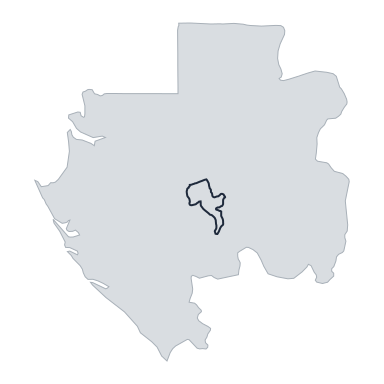 location of Offouè-Onoyè, Ogooué-Lolo, Gabon
{"feature_id": "22940354B26580795617541", "entity_name": "Offouè-Onoyè", "entity_type": "district", "adm_level": 2, "iso_a3": "GAB", "parent_name": "Gabon", "parent_adm1": "Ogooué-Lolo", "projection": "albers", "projection_center": [11.91, -1.081], "detail": "fine", "context": "in_parent", "style": "outline", "palette": "slate", "viewbox_px": 384, "rotation_deg": 0, "n_neighbors": 0, "source": "geoboundaries", "source_scale": "gbopen_adm2", "svg_char_len": 5870}
<svg xmlns="http://www.w3.org/2000/svg" viewBox="0 0 384 384"><path d="M284.8,30.7L284.5,34.5L280.2,43.8L278.1,50.9L277.6,58.5L278.8,64.7L280.9,69.0L282.2,73.8L281.2,77.1L279.1,78.5L280.5,80.2L283.6,80.6L289.0,79.2L297.2,76.6L308.0,73.0L315.1,71.0L326.8,72.3L333.1,73.7L336.3,76.3L339.7,87.2L341.4,88.9L344.2,93.6L346.6,99.2L347.1,102.0L346.8,104.0L344.4,107.1L341.7,111.5L340.8,114.2L338.6,116.2L335.7,118.2L327.9,118.9L326.7,120.1L324.5,124.8L320.4,128.8L318.5,132.6L316.8,137.7L317.1,144.0L316.3,153.0L315.4,159.1L317.5,161.2L326.8,162.8L328.6,164.0L331.1,167.7L334.3,171.3L342.8,173.6L346.1,176.3L348.8,179.3L349.2,181.7L347.2,191.5L345.3,200.9L346.0,208.1L346.7,215.0L347.7,224.9L347.2,231.0L344.8,234.7L344.8,237.6L345.9,241.2L343.8,250.9L342.4,252.5L338.6,254.3L336.5,256.9L335.9,261.0L333.8,266.6L331.7,268.7L331.7,271.3L333.7,273.2L333.7,276.1L329.9,279.6L327.6,282.2L322.5,283.5L316.7,282.1L315.3,280.2L316.7,277.2L316.2,274.8L314.2,272.2L311.1,265.7L308.4,264.3L306.9,267.0L302.1,271.9L293.8,278.3L287.9,278.8L277.1,276.8L268.1,273.8L263.8,266.3L261.2,260.2L257.3,253.0L253.0,249.6L248.4,247.4L246.3,247.3L239.7,251.3L237.7,252.8L237.7,256.2L238.3,259.3L239.3,260.8L240.2,262.8L240.0,265.9L238.9,270.1L238.4,274.7L217.7,279.1L214.1,277.5L211.5,275.5L208.4,275.8L199.4,278.2L196.1,276.5L192.8,275.3L191.3,276.3L191.1,278.3L192.7,289.1L192.2,293.2L190.1,298.6L189.1,302.2L194.6,303.2L196.6,304.9L198.5,307.6L201.2,310.2L201.4,311.7L198.3,314.5L197.3,318.0L198.7,320.7L202.5,323.6L208.0,326.5L210.6,328.4L210.4,330.2L207.8,334.0L206.9,337.1L205.1,340.0L205.5,342.7L207.9,345.1L207.7,347.3L206.0,349.0L202.6,348.6L199.7,348.9L197.1,348.2L189.1,339.7L187.3,339.4L175.6,346.0L172.7,348.7L170.2,352.6L167.0,361.0L161.7,356.1L157.1,347.1L151.7,341.7L140.4,332.8L137.4,326.3L124.5,311.9L105.9,297.5L92.5,285.0L90.5,282.3L92.7,282.6L105.7,288.8L107.4,288.1L108.9,286.7L103.3,283.4L98.0,280.9L93.0,279.3L88.0,279.4L85.2,276.8L83.3,272.8L82.4,269.3L80.2,265.7L73.0,258.4L71.3,255.5L67.4,251.6L69.8,251.1L77.4,254.8L78.1,253.3L77.4,251.1L69.8,247.6L65.6,247.4L64.6,244.9L65.2,242.0L59.7,231.2L54.0,223.1L53.1,219.3L68.5,236.8L70.5,237.1L73.2,237.0L79.6,235.0L78.4,232.6L75.5,230.1L72.7,231.3L69.1,231.5L67.2,230.5L66.3,228.7L69.9,220.1L68.4,220.6L67.2,222.1L65.2,222.8L62.2,223.3L54.6,218.7L47.9,206.4L46.1,203.9L44.3,199.6L42.6,197.8L34.8,180.3L37.8,181.6L41.3,186.7L48.1,185.6L50.7,182.7L53.1,182.8L55.4,182.1L58.4,179.3L67.1,167.2L69.4,151.3L68.6,141.8L67.3,132.5L70.2,129.5L71.3,131.4L71.9,134.8L73.3,137.2L76.4,139.4L82.2,140.0L91.1,143.5L94.3,145.7L95.1,141.2L105.4,137.5L102.3,136.1L93.2,137.6L80.6,132.0L76.5,128.4L72.6,121.7L68.5,118.1L68.8,114.9L77.8,112.0L80.2,112.3L81.1,115.8L83.6,117.3L84.5,116.8L84.9,113.8L84.9,105.8L82.1,94.3L83.0,92.0L85.4,91.2L87.6,89.7L89.1,89.4L92.2,89.7L93.7,92.4L94.6,93.8L97.6,94.5L100.2,95.9L102.3,95.5L104.2,93.9L106.8,93.5L115.0,93.5L122.4,93.6L137.2,93.6L152.0,93.6L166.9,93.7L178.0,93.7L178.0,87.1L177.9,77.0L177.8,65.0L177.8,53.5L177.7,42.9L177.6,30.3L178.2,26.7L178.9,25.3L178.7,23.2L190.2,23.0L210.9,24.0L220.0,23.8L222.6,24.0L233.9,23.4L243.1,24.2L247.0,25.1L250.5,25.5L261.5,26.1L275.9,25.4L280.8,25.6L283.5,27.3L284.8,30.7Z" fill="#d9dde1" stroke="#a8b0b8" stroke-width="1"/><path d="M189.8,184.9L189.8,185.1L189.7,185.8L189.6,186.3L189.2,186.6L188.8,187.0L188.8,187.4L188.6,187.8L188.1,188.0L187.6,188.4L187.2,189.0L187.2,189.6L186.9,190.4L186.7,191.4L186.8,192.9L187.2,195.3L187.4,196.1L187.9,196.9L188.5,197.6L189.0,198.3L189.4,199.1L189.6,200.1L189.8,201.2L189.8,202.0L189.6,202.6L189.4,203.0L189.4,203.3L189.5,203.9L189.8,204.6L190.1,204.9L190.6,205.1L191.2,205.2L191.9,205.2L192.7,205.0L193.5,204.8L194.3,204.6L195.1,204.4L195.6,204.3L196.2,203.9L197.3,202.9L198.0,202.6L198.4,202.2L198.9,201.7L199.5,201.7L199.8,201.5L200.1,201.4L200.6,201.4L200.6,201.8L200.7,202.5L200.7,203.3L200.7,204.3L200.8,205.3L201.1,206.0L201.6,206.7L202.3,207.5L202.6,208.0L203.0,208.6L204.5,210.0L207.0,212.0L208.6,213.3L209.9,214.6L210.5,214.8L211.1,214.9L211.8,215.1L212.2,215.5L212.7,215.9L213.3,216.4L213.9,217.0L214.6,217.7L215.1,218.7L215.6,219.8L215.8,220.7L215.8,221.5L215.9,222.3L216.0,223.6L216.1,224.3L216.3,224.9L216.4,225.6L216.4,226.4L216.4,227.7L216.3,228.4L216.0,229.0L215.8,229.4L215.5,229.9L215.3,230.2L214.9,230.8L214.8,231.3L214.9,231.7L215.1,232.3L215.3,232.8L215.4,233.3L215.5,233.7L216.1,233.9L216.8,234.0L217.4,234.0L218.5,232.2L219.1,231.0L219.4,230.1L219.8,229.2L220.1,228.3L220.7,227.2L221.3,226.3L222.2,225.5L222.9,224.9L223.1,224.5L223.2,223.7L223.1,222.4L223.1,221.2L223.0,220.2L222.8,219.4L222.6,218.8L222.3,218.1L221.8,217.2L221.5,216.6L221.2,215.9L221.2,215.5L221.2,211.5L220.9,211.3L220.4,211.0L219.9,211.0L219.3,210.8L218.8,210.5L218.3,210.3L217.8,210.0L217.0,209.8L216.4,209.7L216.1,209.4L216.0,208.8L216.2,208.3L216.8,207.9L217.3,207.6L218.0,207.4L219.1,207.4L219.8,207.1L220.3,206.7L220.8,206.3L221.4,206.2L221.9,206.0L222.2,205.8L222.7,205.0L223.1,204.1L223.1,203.5L223.1,202.3L223.1,200.7L223.2,199.6L223.5,199.0L223.8,198.5L224.2,197.9L224.7,197.7L225.1,197.2L225.0,196.7L224.8,196.3L224.5,196.1L224.1,195.7L223.9,195.1L223.8,194.8L223.5,194.4L223.0,194.2L222.3,193.9L221.7,193.9L221.1,193.9L220.7,194.1L220.4,194.4L220.0,194.9L219.3,195.5L218.3,196.3L217.3,196.4L216.7,196.5L216.2,196.7L215.7,196.9L215.2,197.1L214.5,197.3L213.9,197.2L213.4,197.0L212.9,196.6L212.5,196.1L212.3,195.4L212.2,194.4L212.1,193.9L211.8,193.0L211.3,192.5L211.0,192.1L210.9,191.5L210.9,190.7L210.9,190.0L210.7,189.5L210.4,189.1L210.1,188.6L209.7,188.3L209.6,187.8L209.5,187.2L209.3,186.6L209.1,185.9L209.0,185.2L208.9,184.4L208.7,183.3L208.2,182.3L207.7,181.4L207.3,180.7L206.8,179.9L206.4,179.4L204.7,179.8L203.4,180.3L201.7,181.0L200.5,181.4L198.5,182.2L197.4,182.7L196.2,183.2L194.9,183.4L193.8,183.9L193.0,184.1L192.2,184.4L191.5,184.7L190.7,184.8L189.8,184.9Z" fill="none" stroke="#1e293b" stroke-width="2"/></svg>